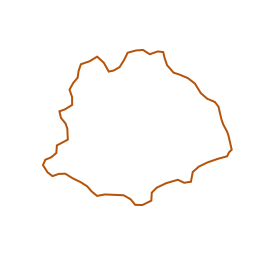 the district of Asan-si, South Chungcheong, South Korea, rotated 71°
{"feature_id": "91817680B56248521536513", "entity_name": "Asan-si", "entity_type": "district", "adm_level": 2, "iso_a3": "KOR", "parent_name": "South Korea", "parent_adm1": "South Chungcheong", "projection": "mercator", "projection_center": [126.979, 36.786], "detail": "fine", "context": "isolated", "style": "outline", "palette": "amber", "viewbox_px": 256, "rotation_deg": 71, "n_neighbors": 0, "source": "geoboundaries", "source_scale": "gbopen_adm2", "svg_char_len": 1019}
<svg xmlns="http://www.w3.org/2000/svg" viewBox="0 0 256 256"><g transform="rotate(71 128 128)"><path d="M182.2,37.0L168.0,35.5L163.7,35.5L155.7,36.8L150.1,36.8L137.2,35.5L131.7,37.4L126.2,43.5L118.8,47.8L107.7,50.3L100.3,55.2L94.2,62.0L90.5,66.9L81.3,70.6L73.9,70.6L67.7,70.0L65.3,74.9L65.3,83.5L59.1,88.4L57.3,95.2L56.7,103.8L62.2,109.3L67.7,116.1L69.0,122.9L68.4,127.8L58.5,129.6L50.5,133.9L50.8,135.4L52.4,142.5L52.4,151.8L57.9,156.1L64.0,159.2L67.7,165.3L72.7,170.8L80.6,170.8L88.0,173.3L89.9,181.9L89.9,187.4L96.6,188.1L103.4,185.6L108.9,185.6L119.4,188.7L121.3,200.9L128.3,203.9L130.7,210.2L131.1,216.5L135.4,220.5L143.7,218.5L148.9,215.1L148.9,208.3L150.8,202.2L157.5,196.7L163.7,190.5L169.8,185.6L176.0,183.1L182.1,179.4L183.3,171.5L190.1,154.2L191.3,153.0L196.3,148.7L203.0,146.2L205.5,139.5L204.3,129.6L196.9,126.6L193.8,120.4L192.6,110.0L193.2,97.7L198.1,92.7L199.3,86.0L190.7,81.1L187.6,73.7L186.4,63.8L186.4,53.4L187.0,43.5L184.0,40.5L182.2,37.0Z" fill="none" stroke="#b45309" stroke-width="2"/></g></svg>